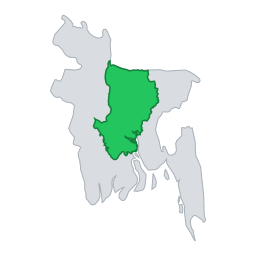 where Dhaka sits in Bangladesh
{"feature_id": "BGD-1806", "entity_name": "Dhaka", "entity_type": "Division", "adm_level": 1, "iso_a3": "BGD", "parent_name": "Bangladesh", "parent_adm1": "", "projection": "robinson", "projection_center": [90.348, 24.137], "detail": "fine", "context": "in_parent", "style": "filled", "palette": "green", "viewbox_px": 256, "rotation_deg": 0, "n_neighbors": 0, "source": "natural_earth", "source_scale": "10m", "svg_char_len": 9001}
<svg xmlns="http://www.w3.org/2000/svg" viewBox="0 0 256 256"><path d="M84.8,189.9L84.7,182.8L80.4,168.9L80.6,167.4L79.7,160.6L78.6,156.9L78.1,153.0L80.7,147.3L79.7,146.3L73.9,144.6L73.2,143.1L74.5,137.5L70.3,132.2L68.7,128.3L73.1,115.5L74.3,106.6L74.0,104.9L71.2,102.9L66.4,102.1L63.0,100.4L61.0,97.9L59.4,96.9L57.3,97.6L54.6,96.6L52.4,94.1L50.5,91.1L51.3,87.8L54.8,79.9L56.1,79.7L59.1,81.2L60.3,81.2L62.3,78.1L65.1,69.3L74.9,70.0L77.2,69.7L79.6,69.0L81.0,67.9L81.7,66.5L81.5,65.3L78.5,63.6L77.3,62.4L76.5,58.8L75.6,57.5L69.8,57.3L66.7,55.7L65.1,54.2L62.1,49.4L58.4,45.8L54.9,45.0L53.5,43.8L52.8,42.0L53.3,39.3L55.1,34.2L64.8,23.2L65.0,22.0L64.7,20.6L61.8,18.8L61.7,18.0L62.5,15.6L64.1,15.4L67.4,17.5L70.8,20.8L72.8,23.9L72.9,26.3L75.5,26.7L77.7,27.8L80.0,27.5L81.5,28.1L82.5,27.9L82.8,26.5L80.9,23.0L81.9,21.6L84.1,21.6L85.7,22.9L86.9,25.6L87.1,29.8L89.7,33.5L93.1,36.2L95.8,37.4L99.0,38.3L101.8,37.4L103.2,34.8L102.6,32.5L103.0,30.4L104.1,29.2L105.8,29.3L107.1,31.0L110.9,39.9L110.1,43.9L111.0,54.8L110.0,62.0L110.6,64.7L111.2,65.2L116.9,66.5L125.2,69.4L131.5,70.5L160.1,69.7L166.3,71.1L185.4,70.0L190.6,72.3L196.3,76.0L199.5,78.8L200.0,80.4L199.7,81.7L198.6,82.5L196.7,82.5L192.2,80.7L191.4,81.2L191.4,85.5L187.8,96.3L187.3,99.7L186.0,101.0L182.2,101.7L179.7,108.0L178.7,108.7L176.2,107.4L174.7,107.6L172.7,108.2L170.8,109.6L169.5,111.4L168.0,112.0L162.6,111.9L161.6,114.8L158.1,118.7L155.7,128.8L155.9,131.9L158.9,140.0L161.0,150.5L161.8,151.5L162.8,151.6L162.8,146.8L163.8,146.2L165.0,146.7L167.6,153.2L169.0,154.9L171.2,155.3L173.7,154.3L175.6,152.5L176.4,150.4L175.7,143.3L176.9,140.5L181.2,136.2L181.8,134.9L181.6,127.8L183.2,127.6L185.4,128.1L188.2,126.4L189.0,126.4L190.2,128.2L192.2,127.9L195.2,141.9L195.4,151.8L196.2,157.3L197.2,158.5L200.6,166.8L203.7,195.8L204.2,214.3L205.5,220.5L204.4,221.9L203.3,222.2L202.3,220.0L195.3,215.3L193.6,215.8L191.2,218.5L190.2,221.1L190.7,224.6L191.4,228.1L193.1,230.1L193.3,232.3L195.2,240.6L194.6,240.6L190.8,233.1L186.1,225.7L184.5,212.4L184.4,205.8L181.2,198.1L178.2,184.6L179.5,179.8L177.2,181.9L173.7,173.8L168.2,165.9L166.6,162.4L166.5,159.0L164.1,162.4L160.9,164.9L157.7,168.5L155.5,169.6L148.6,170.2L144.5,165.4L138.8,153.5L138.0,150.9L138.8,143.9L137.4,137.3L137.0,131.5L136.0,132.0L135.6,133.6L135.8,136.1L135.4,138.1L125.8,136.8L129.9,140.2L134.3,141.0L136.6,144.2L136.8,149.3L132.4,152.4L132.8,155.1L135.3,158.2L132.3,159.1L131.4,161.2L131.4,164.2L133.5,168.8L133.1,170.6L136.8,176.5L137.5,179.4L136.6,183.4L128.7,191.6L126.4,197.4L124.5,200.1L122.1,200.6L119.1,197.9L119.1,195.1L119.7,192.8L123.8,187.4L121.6,188.1L115.2,192.6L114.0,189.0L113.2,185.6L113.2,181.5L116.2,175.3L112.8,178.4L111.8,182.2L112.2,186.8L111.8,190.0L110.4,194.1L108.5,196.7L105.5,198.3L104.2,200.7L102.2,202.6L101.5,194.1L99.3,182.8L98.9,185.2L100.0,192.3L99.9,196.8L98.3,200.5L94.9,204.4L92.4,204.9L90.9,204.3L86.2,198.5L85.8,192.9L84.8,189.9ZM142.9,190.0L137.1,191.4L134.1,191.0L139.6,180.7L139.4,176.2L138.6,172.4L135.7,169.4L135.6,167.3L134.3,164.4L133.7,161.0L136.8,159.9L139.4,161.8L140.3,165.7L141.5,168.6L146.0,174.6L145.9,178.3L144.7,187.3L142.9,190.0ZM155.5,186.7L151.9,189.4L153.1,173.3L155.7,179.3L156.4,182.5L155.5,186.7ZM169.1,178.6L167.6,179.8L166.1,178.8L164.2,175.0L165.1,170.2L165.7,169.5L168.0,174.4L169.1,178.6ZM182.4,212.7L180.4,212.9L179.4,211.7L179.9,210.1L179.3,204.9L181.9,204.3L182.8,208.7L182.4,212.7ZM180.1,198.0L178.6,203.2L178.0,200.9L179.1,196.3L180.1,198.0ZM138.3,156.0L138.9,157.7L135.7,155.5L134.8,154.0L136.2,153.2L138.3,156.0Z" fill="#d9dde1" stroke="#a8b0b8" stroke-width="1"/><path d="M110.1,60.9L109.9,62.0L110.1,63.3L110.4,64.7L110.7,65.5L111.3,65.6L112.5,65.1L113.7,65.0L121.2,68.4L126.4,69.6L129.0,70.8L130.2,70.8L133.6,70.0L136.3,70.3L137.7,69.9L138.1,69.9L138.5,70.1L139.2,70.4L140.5,70.6L140.8,70.6L141.0,70.5L141.3,70.1L141.5,70.0L142.0,70.1L142.5,70.3L142.9,70.7L143.4,70.9L144.3,71.1L148.1,70.5L148.0,72.2L148.5,73.9L148.5,74.4L148.4,74.8L148.0,75.4L147.7,76.0L147.3,77.4L149.5,81.3L150.5,81.7L154.5,81.3L154.9,83.0L155.2,83.8L155.3,85.6L155.0,87.6L155.3,88.3L155.6,88.4L155.8,88.3L156.1,88.3L157.1,88.3L157.4,88.5L157.6,88.8L157.8,89.3L157.7,89.6L157.6,89.8L157.5,90.0L157.4,90.3L157.4,90.5L157.3,91.0L157.2,91.2L157.0,91.4L156.6,91.5L156.5,91.9L156.9,92.5L157.1,92.9L157.3,93.1L157.5,93.3L158.1,93.6L157.6,94.9L157.2,95.7L156.9,96.1L156.7,96.3L156.6,96.6L156.9,97.1L157.1,97.2L157.5,97.2L157.9,97.4L158.0,98.2L158.1,98.4L158.0,98.8L157.5,99.3L158.2,100.0L158.4,100.2L158.6,100.5L158.7,100.8L158.5,101.1L158.2,101.2L157.9,101.7L158.3,102.4L157.6,103.0L156.5,103.5L156.0,104.8L155.7,105.1L155.5,105.6L155.0,105.9L154.5,106.1L153.8,106.2L153.5,106.4L153.5,106.8L153.6,107.2L153.5,107.5L153.2,107.6L153.0,107.4L152.5,107.1L151.4,108.7L151.0,108.9L150.7,109.0L150.6,109.9L150.6,110.1L151.2,111.0L150.9,111.5L151.6,111.9L151.3,112.8L150.7,113.6L150.1,113.9L149.7,114.3L149.4,115.2L149.6,116.0L149.4,116.9L148.7,118.6L147.4,120.5L147.0,120.9L146.7,121.0L146.3,120.9L146.1,120.8L145.3,120.2L145.1,120.4L144.8,120.5L144.6,120.6L144.4,120.6L143.4,120.5L143.1,120.6L142.9,120.7L142.7,120.8L142.5,121.0L142.3,121.3L142.1,121.5L142.1,121.9L142.3,122.7L142.3,123.0L142.3,123.3L141.6,125.2L141.1,126.1L141.0,126.4L141.1,126.7L141.6,127.0L141.8,127.2L141.9,127.4L142.0,127.7L142.0,128.0L141.7,128.5L141.4,128.8L142.3,129.8L142.6,130.3L142.5,130.5L142.0,130.5L141.6,130.8L141.5,131.1L141.7,131.5L141.4,131.9L140.6,132.4L140.3,132.9L140.1,132.9L139.5,132.9L139.4,133.1L139.7,133.4L140.3,133.9L140.1,134.7L139.5,134.4L139.2,134.3L138.5,134.7L137.7,135.0L137.2,135.4L136.5,133.7L136.6,132.6L137.2,131.7L138.0,131.3L137.8,131.0L137.7,131.2L137.6,131.3L137.3,130.9L136.8,131.0L135.5,131.5L135.7,132.1L135.5,132.4L135.1,132.6L134.6,132.6L134.0,132.6L133.6,132.4L132.8,131.8L133.0,132.4L133.5,132.8L134.1,133.0L134.6,133.2L135.9,133.2L136.1,133.5L136.2,137.0L136.1,137.4L135.8,137.7L135.6,138.2L135.4,138.9L135.3,139.5L134.2,139.0L127.6,137.7L126.3,137.1L125.2,136.3L125.1,136.8L125.4,137.2L129.8,140.0L130.3,140.5L130.6,141.0L130.9,141.5L131.1,141.8L132.2,142.1L133.1,142.6L133.7,142.8L135.9,143.0L136.2,143.3L137.1,144.9L137.3,145.5L137.4,146.9L137.3,146.7L137.0,146.3L136.7,146.0L136.9,146.7L137.0,149.0L136.9,150.0L136.0,151.4L135.8,151.6L135.4,151.5L135.3,151.2L135.4,150.8L135.8,150.5L135.8,150.2L135.5,150.2L135.2,150.8L134.8,151.2L134.3,151.4L133.7,151.6L132.4,151.5L132.0,151.7L131.8,152.4L131.9,152.6L131.6,153.0L130.9,153.6L130.1,153.1L129.6,152.6L128.8,152.0L128.2,151.8L127.8,151.7L127.7,151.8L127.3,152.0L126.9,152.2L126.6,152.9L126.9,152.9L127.4,152.8L127.7,153.1L127.7,153.7L127.6,153.9L127.5,154.1L127.4,154.4L127.2,154.6L126.8,155.3L126.5,155.5L126.3,155.5L126.0,155.6L125.6,155.4L125.1,155.0L124.4,154.2L124.3,153.6L124.2,152.6L124.1,152.2L123.9,152.0L123.6,151.8L123.2,151.7L121.6,152.1L121.3,152.7L121.0,153.4L120.4,153.8L119.8,154.4L119.5,154.9L118.9,155.5L118.7,155.8L118.2,156.9L117.4,158.1L116.6,159.0L116.1,159.2L115.5,159.4L114.3,159.6L113.0,158.8L112.7,158.6L112.0,157.7L111.8,157.6L111.3,157.3L111.1,157.2L111.0,156.9L110.8,156.2L110.6,155.8L110.2,155.2L109.1,154.1L108.6,153.4L107.8,151.6L107.4,151.0L107.2,150.9L106.6,150.8L106.3,150.5L106.2,150.2L106.0,149.6L106.0,149.2L106.7,149.8L107.0,149.9L107.3,149.3L107.8,148.6L108.0,148.4L108.5,148.2L108.6,147.9L108.4,147.5L107.9,147.3L107.5,147.4L107.2,147.7L106.9,147.9L106.5,147.9L106.0,147.2L106.1,146.4L106.0,145.7L104.2,145.2L104.5,144.6L105.2,143.9L105.6,143.3L104.6,143.3L103.7,142.3L103.2,140.8L103.3,139.5L103.5,139.5L103.8,139.9L104.2,140.1L103.6,136.9L103.3,136.1L102.6,135.4L101.6,134.8L100.6,134.7L100.1,135.6L99.9,135.3L99.9,135.1L99.8,134.8L99.9,134.5L100.1,134.4L100.5,134.0L100.8,133.6L100.6,133.4L100.3,133.2L100.1,132.8L100.0,132.3L99.7,131.9L99.3,131.4L97.3,128.3L97.0,128.1L96.5,128.1L96.0,128.3L95.0,128.4L93.6,126.5L93.5,126.1L95.3,121.3L95.3,120.5L95.3,120.2L94.8,118.7L95.9,119.5L98.9,120.8L99.7,121.3L101.0,122.6L101.9,122.8L102.4,122.6L103.5,121.9L104.0,121.7L105.9,121.5L106.6,121.3L106.6,120.8L106.3,119.0L106.2,118.4L106.3,117.5L106.8,116.3L109.6,113.8L110.1,113.4L110.4,112.8L110.6,112.3L110.7,110.9L111.1,110.3L111.0,110.2L111.0,109.6L111.2,109.1L111.0,108.8L111.0,108.7L111.1,108.3L110.9,108.0L110.3,107.8L110.3,106.9L110.3,106.7L110.2,106.6L109.8,106.3L108.9,105.3L108.9,105.1L108.7,105.0L108.6,104.9L108.6,104.5L108.6,103.0L108.4,101.5L108.4,101.1L108.7,98.3L108.7,96.9L109.0,95.6L109.0,94.9L109.0,94.1L108.9,93.7L109.1,93.3L109.5,92.8L109.7,91.8L109.7,91.3L109.6,90.6L109.6,90.1L110.0,88.3L109.9,87.5L109.8,86.8L109.6,86.4L109.3,86.0L108.7,85.4L107.7,84.9L107.1,84.5L106.8,84.1L106.3,83.1L106.0,82.3L105.2,78.1L105.2,77.8L105.4,74.5L105.7,72.5L106.1,70.4L106.9,68.7L107.2,68.2L107.6,67.7L108.1,66.9L108.3,65.9L108.0,63.8L108.8,61.9L108.8,61.6L109.0,61.3L109.5,61.0L110.1,60.9L110.1,60.9ZM134.4,142.0L133.8,142.3L133.1,142.1L132.5,141.6L131.4,140.4L131.1,139.9L131.2,139.5L132.1,139.5L133.3,140.0L134.9,140.9L136.2,141.9L136.4,142.8L135.2,141.8L134.5,141.5L134.4,142.0Z" fill="#22c55e" stroke="#15803d" stroke-width="1.5"/></svg>